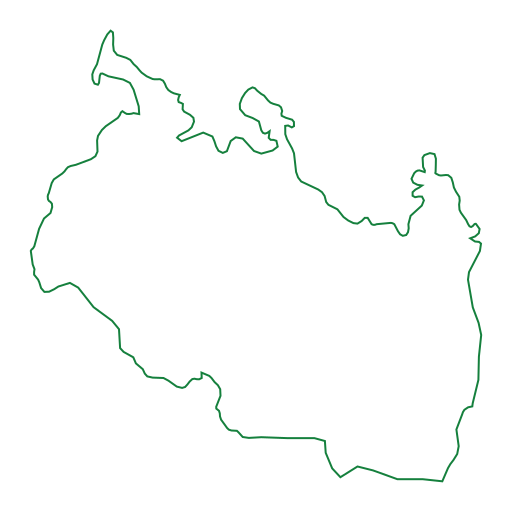 an SVG outline of Rangpur
{"feature_id": "BGD-5492", "entity_name": "Rangpur", "entity_type": "Division", "adm_level": 1, "iso_a3": "BGD", "parent_name": "Bangladesh", "parent_adm1": "", "projection": "natural_earth1", "projection_center": [88.983, 25.892], "detail": "fine", "context": "isolated", "style": "outline", "palette": "green", "viewbox_px": 512, "rotation_deg": 0, "n_neighbors": 0, "source": "natural_earth", "source_scale": "10m", "svg_char_len": 4024}
<svg xmlns="http://www.w3.org/2000/svg" viewBox="0 0 512 512"><path d="M474.7,395.1L472.7,403.3L472.3,406.4L468.1,407.3L464.4,409.8L462.9,412.2L462.2,414.3L456.4,429.5L458.7,446.2L457.2,454.0L453.4,460.1L450.4,464.0L448.0,468.1L442.3,481.3L422.7,479.2L397.4,479.2L373.0,470.4L357.5,466.5L340.4,477.2L332.2,468.4L325.7,452.8L324.9,441.0L314.3,438.1L286.6,438.1L261.3,437.2L248.8,437.9L242.7,437.0L238.4,432.2L236.9,430.8L231.5,430.5L228.9,429.7L227.1,428.0L221.1,419.7L220.0,416.4L219.8,413.4L219.0,410.8L216.3,408.6L216.2,406.8L220.5,395.8L220.2,389.2L217.9,385.2L214.6,382.1L211.5,378.0L209.3,375.9L201.5,372.6L201.7,378.0L199.1,379.3L196.7,379.2L194.4,378.7L192.3,379.1L189.6,381.6L187.4,384.5L185.1,387.0L182.1,387.9L176.8,386.6L168.5,380.7L163.5,378.0L152.6,377.6L147.3,376.4L144.8,373.6L142.8,369.2L135.9,363.4L133.3,357.3L123.6,351.9L120.1,348.1L119.0,329.2L112.2,320.9L93.6,307.2L78.2,287.6L69.9,282.9L58.4,286.5L54.2,289.2L49.1,291.7L44.4,291.9L41.1,288.1L39.3,282.3L38.1,279.6L34.1,274.7L34.1,271.9L34.5,269.2L32.7,264.5L30.8,250.9L31.6,249.5L32.9,248.5L34.3,246.3L39.1,228.8L44.0,218.5L50.5,213.0L52.2,207.1L51.9,203.7L50.5,202.0L48.9,200.9L48.0,199.4L47.7,196.4L48.0,194.8L48.8,193.1L51.7,183.1L53.8,179.4L62.3,173.5L64.5,171.4L66.1,169.2L67.9,167.2L70.7,166.0L75.9,164.8L90.9,159.2L95.4,156.2L97.5,151.6L97.1,140.4L98.0,135.9L101.9,130.0L105.8,126.2L117.8,117.9L119.7,115.3L120.9,112.5L122.4,111.2L125.0,113.0L126.7,113.9L129.1,114.0L131.6,113.7L133.5,113.1L139.2,114.1L138.7,106.3L133.6,89.7L129.9,82.9L123.1,79.5L108.4,76.3L102.4,73.5L100.7,73.7L99.8,75.8L99.0,82.9L97.9,84.7L94.5,83.6L92.6,79.5L92.3,74.4L93.7,70.3L97.0,64.2L102.3,44.5L104.2,40.1L107.3,34.4L110.6,30.7L112.9,32.4L113.3,38.1L113.1,44.6L113.8,50.7L117.2,54.9L126.2,57.8L130.3,59.9L133.6,64.1L136.8,67.0L139.5,70.3L141.6,72.6L146.7,76.3L152.6,79.0L154.7,79.3L160.1,79.2L163.1,80.7L164.9,83.7L166.3,87.2L168.3,90.0L171.1,92.0L173.8,93.3L179.8,94.9L178.7,97.3L178.1,100.0L178.7,102.1L181.0,102.9L182.9,103.9L182.6,109.3L184.1,111.6L190.0,114.8L193.4,117.8L194.0,121.6L191.7,127.3L188.4,130.4L179.0,135.5L177.1,137.7L181.6,141.2L203.2,132.6L212.4,136.5L214.4,141.2L216.1,146.4L218.5,150.8L222.8,152.9L226.9,151.2L230.7,141.0L235.8,137.3L242.7,138.6L254.0,151.0L261.3,153.6L272.6,150.5L277.7,146.6L276.4,140.8L273.6,139.9L270.6,139.8L268.7,137.8L269.6,131.2L267.2,132.9L265.0,133.6L262.9,132.8L261.3,130.3L258.9,121.5L252.6,118.0L245.2,115.2L240.0,109.1L239.8,103.9L241.9,98.1L245.1,93.0L248.3,89.6L252.5,87.4L254.9,88.2L257.2,90.7L261.3,94.0L264.1,95.6L268.0,100.4L270.4,102.6L273.2,103.8L278.8,105.4L281.0,107.3L282.2,111.0L281.4,113.7L281.7,115.8L285.9,117.8L292.1,119.7L293.9,121.9L294.0,126.1L291.8,127.4L288.1,125.5L285.2,125.9L285.3,134.2L287.0,139.2L292.1,148.5L294.0,153.3L296.1,172.0L298.1,177.5L301.2,181.5L318.2,189.5L322.0,192.2L324.6,196.0L326.2,202.0L328.4,204.8L337.4,209.3L343.5,217.0L348.2,220.5L353.4,223.1L357.5,223.6L361.7,221.0L364.7,217.9L367.7,217.9L371.6,224.2L372.8,224.7L374.0,224.9L375.3,224.7L376.6,224.2L390.5,222.9L391.8,223.0L393.1,223.5L394.3,224.2L397.9,231.1L400.1,234.3L402.8,235.8L406.2,235.0L408.0,232.2L408.7,228.3L408.4,224.2L410.6,215.8L421.8,205.6L423.9,200.4L422.0,196.6L418.7,196.5L415.1,197.2L412.6,195.8L412.6,192.2L415.4,189.6L419.1,187.6L422.1,185.5L417.4,184.8L413.2,182.6L411.5,178.8L414.2,173.2L415.9,171.5L417.6,170.6L419.5,170.4L424.7,172.1L424.9,170.6L423.1,167.0L422.6,157.7L424.4,155.1L429.9,153.1L434.5,154.1L435.9,158.7L435.8,165.0L435.6,171.7L435.3,173.0L435.9,173.6L439.0,175.2L440.9,175.5L446.0,175.0L448.2,175.2L451.3,177.8L452.8,182.4L453.9,187.5L456.0,191.7L459.3,196.8L459.7,200.6L459.1,204.5L459.5,209.8L460.9,212.7L466.2,220.1L468.1,224.1L469.5,226.3L471.1,227.0L472.7,226.1L474.5,224.1L475.0,223.9L475.5,223.8L475.8,223.8L476.1,224.1L479.6,229.0L478.8,233.2L475.2,236.4L470.2,238.3L475.0,241.5L479.0,241.9L481.0,243.6L479.9,251.0L469.0,272.1L468.0,279.7L472.8,307.4L478.6,322.9L481.2,335.0L478.9,356.7L478.4,379.9L474.7,395.1Z" fill="none" stroke="#15803d" stroke-width="2"/></svg>